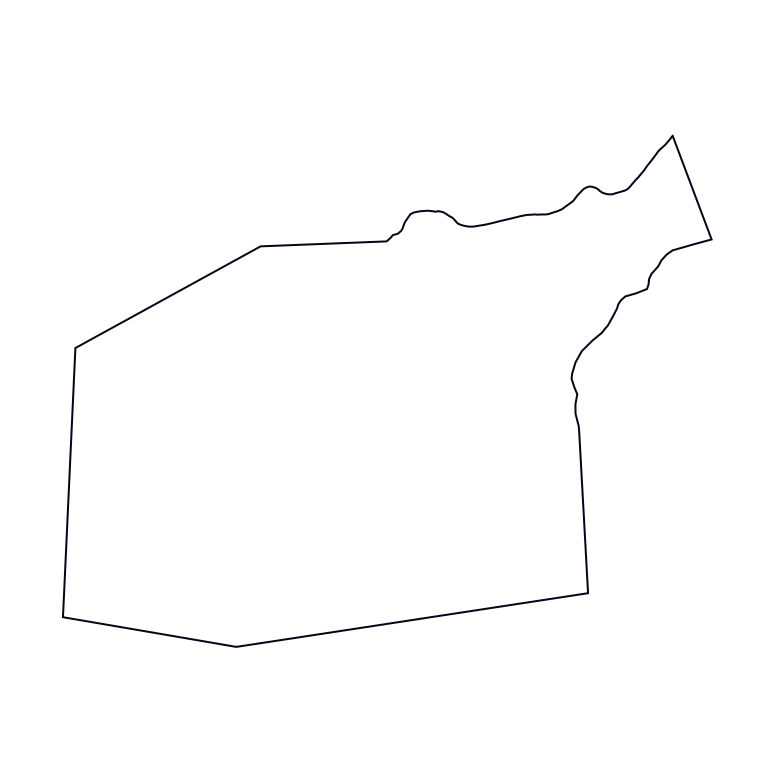 Catter Beaufond, Praslin, Saint Lucia, rotated 276°
{"feature_id": "8701671B82105549024004", "entity_name": "Catter Beaufond", "entity_type": "district", "adm_level": 2, "iso_a3": "LCA", "parent_name": "Saint Lucia", "parent_adm1": "Praslin", "projection": "natural_earth1", "projection_center": [-60.942, 13.842], "detail": "fine", "context": "isolated", "style": "outline", "palette": "ink", "viewbox_px": 768, "rotation_deg": 276, "n_neighbors": 0, "source": "geoboundaries", "source_scale": "gbopen_adm2", "svg_char_len": 1819}
<svg xmlns="http://www.w3.org/2000/svg" viewBox="0 0 768 768"><g transform="rotate(276 384 384)"><path d="M197.3,608.8L357.0,583.1L362.6,582.0L374.4,577.6L383.8,576.5L394.0,577.3L400.0,574.0L408.7,570.0L413.7,570.0L425.5,572.2L437.4,577.3L448.9,586.7L457.9,595.5L462.0,598.0L465.7,600.6L475.1,604.6L483.5,607.9L487.5,608.6L491.9,610.8L496.3,614.8L500.6,625.4L505.9,635.6L510.6,636.7L516.2,636.7L521.5,638.5L529.6,644.4L535.9,646.9L542.4,651.7L547.1,657.1L555.2,677.2L562.0,694.7L660.9,645.2L660.2,644.5L658.2,643.4L651.4,638.8L646.3,634.2L643.7,632.2L641.3,630.9L637.3,628.5L633.8,626.4L631.8,625.1L629.0,623.3L627.0,622.1L624.7,620.9L621.7,619.1L619.5,617.5L615.7,615.0L613.0,612.8L605.8,607.9L604.0,606.6L602.5,604.8L601.6,603.4L600.4,600.5L598.9,597.0L598.0,594.5L596.7,591.8L596.3,589.8L596.1,586.9L596.3,585.1L596.6,583.1L597.2,580.9L598.7,578.2L599.7,577.0L600.7,575.2L601.5,572.6L601.9,569.8L601.9,568.1L601.5,566.6L600.1,563.9L599.1,562.6L597.7,561.2L595.2,559.4L592.3,557.0L587.9,554.3L586.3,553.4L585.0,552.2L583.3,550.4L581.9,548.8L580.1,546.7L578.6,545.1L576.2,542.4L574.1,538.7L572.3,534.5L571.7,533.2L570.5,530.5L569.9,529.0L569.3,525.7L569.1,523.1L568.4,518.6L568.4,516.2L567.6,511.8L567.1,508.6L566.5,506.5L565.3,502.6L562.2,494.0L560.2,488.3L558.2,482.5L556.2,477.2L554.5,472.4L552.8,467.3L551.5,462.4L550.1,457.4L549.5,453.6L549.4,451.1L549.7,447.4L550.1,444.7L551.1,441.1L552.5,439.1L553.6,438.1L555.4,436.1L556.5,434.7L557.3,432.7L558.2,430.7L559.0,429.3L560.9,425.4L561.2,423.9L561.6,420.0L560.7,417.3L560.9,415.0L560.9,409.3L559.6,402.0L557.7,395.8L555.6,392.5L547.4,388.0L544.9,387.2L540.4,386.2L538.0,385.0L535.0,382.2L532.9,377.2L530.3,375.5L528.0,373.5L526.1,371.7L508.0,246.9L387.5,73.3L384.7,73.5L118.5,89.1L107.1,264.5L197.3,608.8Z" fill="none" stroke="#020617" stroke-width="2"/></g></svg>